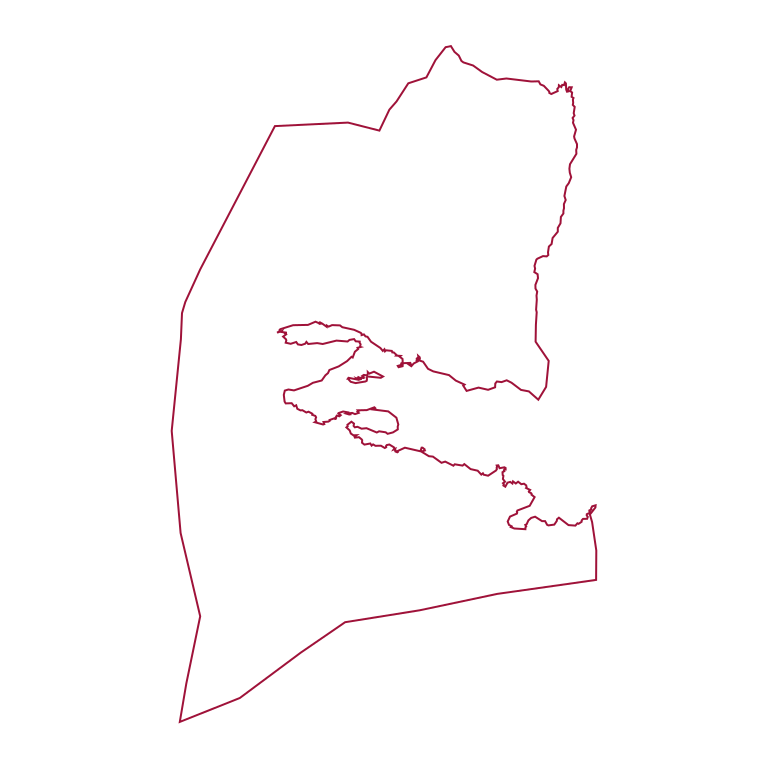 Unjárga sme 1, Finnmark, Norway (Albers equal-area conic projection)
{"feature_id": "86288312B72047105202096", "entity_name": "Unjárga sme 1", "entity_type": "district", "adm_level": 2, "iso_a3": "NOR", "parent_name": "Norway", "parent_adm1": "Finnmark", "projection": "albers", "projection_center": [28.889, 70.128], "detail": "fine", "context": "isolated", "style": "outline", "palette": "rose", "viewbox_px": 768, "rotation_deg": 0, "n_neighbors": 0, "source": "geoboundaries", "source_scale": "gbopen_adm2", "svg_char_len": 6086}
<svg xmlns="http://www.w3.org/2000/svg" viewBox="0 0 768 768"><path d="M450.9,46.1L445.6,47.2L435.5,60.1L426.4,77.4L408.3,83.3L396.5,101.5L389.4,109.6L379.4,130.6L348.0,122.6L274.9,126.1L200.2,269.4L185.3,302.0L182.0,313.1L180.9,339.2L171.7,430.9L180.6,533.0L200.2,616.3L186.3,683.6L179.8,721.9L239.8,698.0L300.8,652.6L345.1,622.2L419.6,610.3L497.2,593.9L596.1,579.9L596.3,550.5L592.1,522.1L589.9,514.5L591.0,513.1L590.3,512.2L591.5,512.5L595.4,507.5L595.6,505.3L592.2,506.3L591.1,508.3L591.3,509.6L589.5,510.3L589.5,511.4L590.2,511.9L590.0,512.7L586.8,514.2L586.7,515.4L587.8,516.9L587.1,518.8L583.0,518.9L581.7,520.4L581.6,521.8L578.6,523.8L577.4,523.3L575.4,525.6L568.5,525.1L558.9,517.7L557.0,519.3L556.8,520.9L554.3,524.6L548.4,525.4L547.1,524.8L545.1,521.1L542.0,521.1L535.1,516.7L531.2,517.9L528.4,520.4L526.6,524.3L525.3,524.9L526.2,526.5L525.5,527.2L525.4,529.2L514.3,528.5L510.9,527.1L511.6,526.3L509.0,524.9L507.7,521.5L510.0,516.6L516.9,513.6L517.2,512.6L516.8,511.8L517.4,510.5L529.7,505.8L534.6,497.1L531.5,494.7L531.7,494.1L531.2,493.2L529.1,492.2L528.8,491.5L530.1,489.9L526.1,488.0L526.6,487.3L526.2,485.4L524.0,483.7L521.3,484.2L518.1,481.7L515.8,483.5L513.0,481.4L512.4,483.5L510.2,481.9L507.5,482.7L505.3,486.7L503.4,485.5L503.9,484.2L503.0,483.2L505.0,481.7L502.9,479.0L503.4,475.8L502.7,475.1L502.5,472.2L504.3,471.2L503.9,470.3L504.4,469.4L505.6,469.5L505.6,468.0L504.4,467.3L499.6,468.2L498.3,465.3L496.7,465.5L497.1,466.7L496.6,467.9L496.9,469.1L496.0,470.5L488.1,475.7L483.7,474.7L482.9,473.3L481.3,474.6L477.7,470.7L470.6,469.1L464.3,464.1L462.6,465.6L454.7,464.3L453.4,465.7L445.2,461.6L441.5,462.8L432.9,456.6L428.9,456.2L421.4,451.6L424.7,450.5L424.3,450.0L424.6,449.3L422.6,447.7L421.6,447.7L420.8,450.0L421.3,451.0L420.9,451.4L404.9,447.7L397.7,451.0L397.9,451.9L397.3,452.3L395.4,451.5L395.1,450.6L395.5,450.2L394.8,449.5L395.1,448.9L393.6,449.5L394.5,448.1L393.9,447.3L389.3,444.5L386.7,445.1L386.0,446.1L386.2,447.2L384.8,448.0L380.9,445.7L375.4,445.8L373.1,444.4L371.6,445.6L370.3,443.5L364.4,444.6L362.0,442.7L362.2,440.2L361.7,439.4L359.0,437.2L354.9,437.6L354.5,436.6L356.5,435.2L353.4,435.3L350.8,433.5L349.7,430.4L346.4,427.4L347.7,426.3L347.4,424.8L351.4,421.7L354.0,423.6L353.6,425.9L354.8,427.3L357.5,426.8L361.6,428.7L366.5,428.2L376.8,432.5L379.1,431.3L385.7,432.3L387.6,433.8L393.0,432.4L397.8,429.4L397.7,426.6L398.3,424.5L396.4,417.7L388.3,411.4L373.0,409.5L375.2,408.1L374.4,407.3L366.8,410.1L357.9,410.3L358.5,411.0L357.5,411.5L358.7,412.9L355.0,414.1L352.1,412.9L349.9,413.2L350.4,414.3L349.2,414.5L346.2,413.6L349.3,412.6L343.1,411.5L338.5,413.1L338.3,413.5L340.7,415.2L339.4,416.3L336.8,415.6L335.8,417.2L336.2,417.8L335.7,418.9L334.4,419.1L335.2,418.7L334.7,418.2L329.6,420.0L329.8,420.7L328.4,421.6L323.5,422.0L324.3,424.1L323.1,424.5L314.8,422.2L316.2,421.4L315.4,419.2L316.1,417.3L315.3,415.9L312.2,414.8L312.5,414.0L312.0,413.5L308.5,411.7L306.3,412.5L302.4,410.2L300.5,410.4L297.3,408.8L296.2,405.3L294.2,406.3L291.7,403.2L285.7,403.4L284.6,401.6L283.8,394.9L284.8,390.6L288.4,389.5L294.0,390.4L307.8,385.8L312.9,382.8L321.7,380.5L325.4,375.3L328.0,373.1L329.4,370.0L338.7,366.4L347.1,361.1L351.5,356.8L352.7,357.5L354.9,351.7L358.1,349.1L357.5,347.8L360.6,347.0L360.0,346.8L360.6,344.3L359.6,342.7L359.7,341.6L355.7,341.3L354.1,339.1L349.5,339.9L347.6,341.5L336.5,340.6L322.7,344.0L317.2,343.1L308.2,344.0L306.4,341.9L305.2,343.7L301.4,345.0L297.9,344.4L296.2,342.0L290.7,343.8L285.7,342.7L286.3,340.4L286.0,339.3L283.1,336.6L286.1,334.4L284.9,333.3L286.8,332.7L281.0,331.9L281.6,331.1L277.1,332.7L279.7,331.0L279.6,329.9L280.3,329.2L293.1,325.2L308.0,324.9L315.5,321.7L318.7,323.1L319.9,322.3L321.1,323.0L320.6,323.7L322.1,323.5L326.7,326.8L326.8,325.5L328.6,326.6L332.1,325.1L340.0,325.4L342.3,327.2L354.1,329.8L360.7,332.8L361.5,333.6L361.6,335.1L363.9,334.4L365.5,336.4L367.5,336.8L371.0,341.7L380.4,348.0L382.8,350.9L384.4,349.3L385.0,351.3L386.1,350.3L391.8,350.9L392.3,352.4L393.7,352.4L396.7,355.1L396.2,355.6L400.4,355.9L399.5,356.6L402.5,358.9L402.7,361.3L402.2,363.0L401.3,363.3L400.9,365.0L397.8,365.9L398.6,367.2L402.6,366.2L402.7,364.9L401.8,364.6L402.7,363.2L410.3,362.9L410.9,364.3L409.0,364.6L411.3,366.2L413.8,363.4L417.5,361.5L416.8,360.7L417.2,359.3L416.8,358.5L418.4,357.3L418.2,355.9L419.7,357.3L419.9,358.7L417.5,359.9L423.1,361.7L428.0,368.8L433.3,371.4L449.0,375.1L455.8,380.6L464.5,384.6L463.2,385.6L466.6,390.9L478.5,387.6L488.1,389.8L495.1,387.3L495.3,383.5L496.9,381.5L501.6,382.1L506.7,380.3L511.5,382.7L521.0,389.9L528.9,391.4L538.3,399.7L546.1,386.9L548.7,360.9L535.6,341.7L535.9,324.7L536.7,312.2L536.1,309.7L536.8,299.6L536.5,295.6L537.2,291.6L535.5,288.6L535.4,284.9L538.0,278.2L537.6,274.2L534.3,272.1L535.1,268.6L534.5,265.9L536.4,259.6L537.4,258.7L543.0,256.1L546.7,256.4L548.3,255.0L548.0,252.3L548.9,246.5L551.6,244.0L552.6,238.0L557.8,231.7L557.8,227.9L560.5,223.3L560.9,216.9L563.4,213.5L563.4,210.7L564.0,208.2L563.9,204.1L565.7,200.0L564.4,196.0L566.3,186.5L568.8,183.1L571.2,177.2L569.8,172.7L569.4,168.7L570.0,164.2L576.4,153.8L576.2,149.9L577.0,147.4L577.0,144.1L574.5,138.5L574.1,136.4L576.0,129.7L573.0,122.8L573.5,120.1L572.6,118.0L574.5,115.6L573.7,113.2L574.7,106.9L572.8,104.9L573.2,102.9L572.9,99.6L573.5,98.0L571.6,96.8L572.1,92.5L570.2,91.1L571.7,87.3L569.2,87.2L568.2,88.7L568.4,91.4L567.0,91.7L566.2,89.6L565.9,83.4L564.9,82.4L564.0,85.1L562.2,84.9L561.3,87.0L558.9,85.3L558.8,87.2L557.3,88.9L557.7,91.1L551.2,94.0L549.3,92.9L549.3,91.8L548.7,90.9L543.8,85.8L540.4,84.4L538.7,81.3L531.3,81.5L506.4,78.5L496.8,79.7L482.1,72.0L473.1,65.5L463.4,62.4L461.4,60.9L458.8,55.6L454.5,51.9L450.9,46.1ZM383.0,376.5L374.0,371.7L369.3,373.6L367.8,372.1L367.9,373.7L366.9,375.4L363.8,374.9L362.2,376.0L363.9,377.2L363.7,378.0L361.3,377.9L361.0,379.1L359.7,379.4L359.2,378.9L360.3,378.1L358.3,377.1L358.0,377.7L358.5,378.2L357.1,378.2L357.5,379.1L356.5,378.6L357.1,379.5L348.5,377.8L347.8,378.8L349.1,379.0L348.9,379.8L350.7,381.8L355.6,383.1L365.4,381.5L366.7,380.8L367.0,379.0L366.6,377.7L367.7,376.5L380.8,377.8L383.0,376.5Z" fill="none" stroke="#9f1239" stroke-width="2"/></svg>